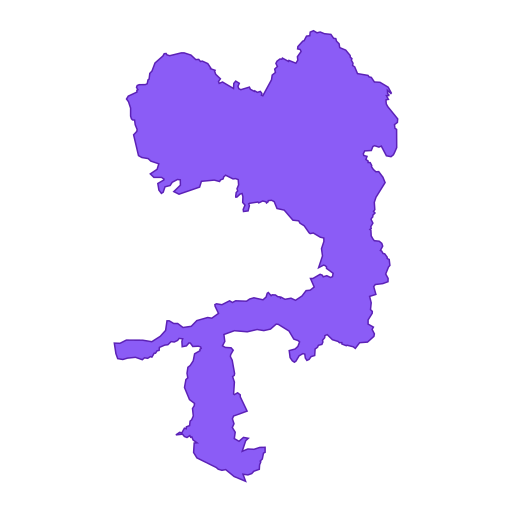 the district of Piaxtla, Puebla, Mexico
{"feature_id": "50627088B9303595421400", "entity_name": "Piaxtla", "entity_type": "district", "adm_level": 2, "iso_a3": "MEX", "parent_name": "Mexico", "parent_adm1": "Puebla", "projection": "orthographic", "projection_center": [-98.274, 18.085], "detail": "fine", "context": "isolated", "style": "filled", "palette": "violet", "viewbox_px": 512, "rotation_deg": 0, "n_neighbors": 0, "source": "geoboundaries", "source_scale": "gbopen_adm2", "svg_char_len": 6020}
<svg xmlns="http://www.w3.org/2000/svg" viewBox="0 0 512 512"><path d="M253.9,471.2L259.3,469.3L259.6,464.8L260.8,461.9L260.2,461.1L262.3,459.0L263.5,453.1L265.1,452.3L265.1,447.3L259.8,447.4L254.0,449.3L247.8,449.0L242.2,451.3L245.7,440.7L248.3,438.3L243.5,437.4L239.0,441.3L234.3,438.6L235.2,432.2L232.3,427.5L234.0,423.8L232.4,418.8L233.6,416.0L247.1,411.1L240.3,396.9L240.2,394.8L237.6,392.8L234.4,394.6L233.6,394.0L234.4,382.1L232.6,376.6L234.2,375.4L234.6,373.6L232.2,360.2L230.4,356.7L230.6,354.8L233.2,350.2L231.1,347.8L225.2,347.4L222.5,345.8L224.8,341.4L223.9,334.5L234.4,330.7L247.3,331.8L257.1,329.5L263.8,330.6L270.5,329.1L276.2,324.1L278.2,324.3L289.0,331.0L293.8,339.1L298.1,340.6L299.6,341.9L297.9,346.4L295.1,349.0L289.2,350.6L290.1,357.6L292.3,360.8L294.4,362.2L295.9,361.2L299.1,355.8L302.9,353.6L304.8,354.1L305.3,358.0L306.9,360.4L309.1,359.4L311.1,356.6L314.7,355.5L315.1,349.0L317.5,347.3L318.4,345.3L321.9,344.4L322.9,342.0L322.5,340.3L324.7,337.7L324.9,335.6L327.2,334.6L332.4,339.7L338.2,341.5L339.4,342.7L341.8,342.6L341.9,344.0L346.3,345.7L347.0,345.2L353.3,346.8L355.3,348.4L359.6,342.7L367.5,342.1L373.9,336.4L374.4,333.9L372.1,329.4L373.4,327.1L368.1,324.1L368.1,319.9L372.2,313.3L372.3,311.4L370.5,309.6L371.2,302.8L369.6,296.4L375.9,294.4L373.7,286.6L375.3,284.5L382.8,283.6L388.0,281.7L388.1,278.4L385.7,274.0L388.5,267.0L389.9,265.4L389.2,259.5L387.2,258.5L387.2,257.2L384.7,253.8L383.1,253.5L381.6,251.0L380.4,250.5L382.7,246.1L381.8,243.4L379.2,241.2L374.3,240.7L372.9,238.9L371.2,235.9L370.9,230.4L369.9,229.4L371.2,228.6L370.8,226.6L372.9,223.1L371.1,219.5L371.4,218.4L372.7,217.0L372.9,215.1L375.0,213.0L373.5,211.4L374.8,209.7L374.3,202.3L376.0,197.2L385.1,182.6L382.9,177.2L378.7,171.6L375.9,171.8L373.4,169.5L371.5,166.8L371.7,165.5L370.2,162.6L368.1,162.5L368.1,161.0L365.9,159.5L367.0,156.4L363.8,155.5L363.3,153.8L364.7,150.9L371.3,150.5L372.9,146.5L374.6,145.7L378.9,147.1L381.3,146.1L386.4,155.8L391.0,156.7L393.4,154.8L394.7,152.2L396.7,147.6L396.6,129.4L394.9,128.2L394.5,124.6L397.4,122.4L397.7,118.9L387.8,106.7L386.3,104.0L386.0,101.1L386.2,99.7L388.4,99.4L386.4,95.6L388.8,95.6L388.9,94.8L387.6,93.6L387.4,90.3L390.9,93.5L391.3,93.0L388.2,87.2L380.0,82.3L374.4,82.0L371.3,77.4L369.1,76.9L368.0,75.4L357.5,73.6L354.7,66.9L352.6,65.5L353.0,63.2L351.4,60.3L351.9,58.6L350.3,57.2L350.1,55.4L345.7,50.1L339.7,47.6L339.1,43.8L336.5,41.2L335.8,38.6L333.6,38.3L330.9,34.4L324.4,33.7L320.2,32.0L317.0,32.8L313.5,30.7L310.2,32.1L309.8,35.7L306.5,36.1L304.1,40.7L302.8,41.1L297.9,46.5L297.6,48.9L300.2,49.5L301.1,51.5L297.4,56.7L297.8,60.1L295.9,63.2L288.9,60.4L288.5,61.4L282.4,58.1L281.8,59.2L279.9,59.0L277.0,61.2L275.9,63.4L277.4,66.5L274.7,69.1L275.4,72.5L272.2,75.1L271.5,79.8L262.8,95.8L261.4,95.2L261.9,93.4L260.3,91.4L257.4,92.4L254.7,90.8L254.0,92.0L254.4,91.4L250.4,89.3L249.4,87.1L240.8,89.7L238.7,88.6L238.0,86.2L239.3,83.3L235.7,81.1L233.8,83.4L233.5,88.5L222.5,82.0L219.2,83.4L218.5,81.5L220.4,78.8L215.7,74.3L214.6,71.2L215.1,70.3L210.5,68.7L210.8,68.1L207.8,63.6L202.3,61.1L200.5,61.5L198.7,59.4L195.8,59.6L191.0,55.1L184.2,52.9L181.2,52.9L169.7,55.7L167.0,54.9L166.1,53.5L164.2,53.7L162.9,56.0L155.0,63.0L152.0,71.0L149.8,73.4L149.1,79.0L148.0,79.9L147.2,83.7L145.4,84.6L139.1,84.7L137.2,85.5L136.5,87.3L137.9,89.7L136.9,90.3L136.9,92.1L128.3,96.1L126.5,99.0L128.5,101.7L130.6,108.1L130.6,116.1L131.4,118.7L132.5,119.9L134.6,120.1L135.2,124.7L137.1,129.4L136.8,131.4L133.6,134.8L138.5,155.6L141.8,157.5L148.2,158.6L150.8,161.1L158.8,163.8L157.1,169.3L150.3,173.9L153.9,177.4L161.6,177.4L164.0,179.1L163.8,180.0L157.8,183.5L158.9,190.1L161.4,193.4L163.2,192.2L165.0,186.8L170.1,185.5L172.2,182.3L177.4,179.5L180.3,179.8L180.4,185.2L173.8,191.6L179.0,194.2L199.6,187.1L201.4,181.3L214.3,180.1L219.6,181.5L220.5,179.9L223.1,178.9L223.7,176.9L225.6,175.2L233.0,178.9L235.6,178.6L238.2,179.6L238.6,184.9L237.0,188.7L237.7,191.0L236.2,192.5L235.7,196.3L235.9,197.2L237.0,197.0L240.0,194.1L242.1,193.5L242.9,196.7L242.7,202.5L245.0,205.1L243.2,209.4L243.5,211.5L248.1,210.9L249.4,205.7L248.7,203.8L249.5,203.3L257.9,202.0L258.7,202.9L262.7,201.0L265.9,201.8L266.5,203.0L268.0,201.9L268.3,200.6L271.6,200.3L274.2,201.6L277.0,208.5L284.2,210.1L292.9,220.2L298.7,220.8L300.0,223.2L304.2,225.8L309.1,232.8L310.2,233.6L313.3,233.0L320.3,237.2L323.8,238.0L323.9,241.4L321.5,248.7L322.5,255.9L318.6,267.7L323.6,265.1L325.1,265.6L326.5,266.8L326.5,268.4L333.1,273.3L332.5,276.6L330.6,277.5L326.8,275.7L323.2,276.8L322.3,275.2L320.1,274.3L312.9,278.5L310.5,278.5L314.2,287.0L310.2,290.2L306.1,290.6L302.0,296.0L295.5,300.3L291.0,298.2L285.0,299.3L281.1,297.2L280.4,297.9L280.0,296.9L277.8,296.7L275.5,295.0L272.2,294.8L271.1,295.7L268.3,292.5L267.2,293.3L266.1,297.0L263.0,299.8L253.9,297.8L249.7,299.0L246.5,301.2L235.6,300.8L232.4,302.5L229.6,300.8L221.9,304.7L216.5,303.8L214.9,304.6L215.1,306.3L218.5,313.4L211.8,318.2L207.7,317.5L196.8,320.6L191.3,326.3L183.0,327.5L177.7,323.5L173.7,323.5L169.2,320.8L167.0,320.8L165.6,330.4L160.3,336.3L151.8,341.7L142.7,340.2L126.3,340.1L120.0,343.3L114.3,343.1L115.9,353.6L117.7,358.6L122.8,359.5L127.5,358.1L135.5,357.3L142.3,359.7L144.5,357.8L147.7,358.3L150.4,356.6L151.9,357.1L154.2,353.2L155.5,353.2L157.1,350.8L159.1,350.4L159.4,347.4L164.7,345.1L167.9,344.7L171.1,341.6L174.3,342.0L177.6,340.4L179.1,338.4L182.7,338.8L181.9,341.3L182.2,346.7L186.4,345.9L189.0,342.9L190.4,343.1L192.8,346.5L198.4,346.2L200.6,346.9L201.2,348.4L199.9,349.3L200.0,350.7L194.6,353.8L193.2,360.9L190.2,365.5L187.9,367.3L187.0,373.3L187.8,377.9L185.9,379.6L184.5,387.5L189.5,399.6L194.5,403.4L194.2,405.8L192.5,408.5L193.3,416.0L191.6,419.9L190.1,421.1L189.6,425.6L186.4,426.8L186.2,428.7L184.4,428.2L181.8,432.9L179.7,432.3L175.9,434.9L182.5,434.2L184.4,436.5L187.0,437.5L189.8,435.6L190.7,437.3L191.8,436.9L193.1,440.0L197.0,442.8L194.2,443.0L193.6,452.5L196.9,457.9L216.3,467.5L218.2,469.2L221.9,470.3L225.7,469.6L234.1,476.5L245.6,481.3L243.0,474.2L247.9,474.9L251.7,473.6L253.9,471.2Z" fill="#8b5cf6" stroke="#5b21b6" stroke-width="1.5"/></svg>